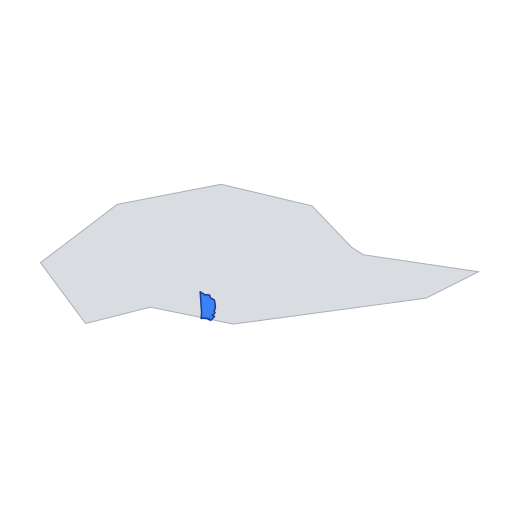 Ngeruikl, Ngchesar, Palau (highlighted), rotated 73°
{"feature_id": "81905179B39182150955379", "entity_name": "Ngeruikl", "entity_type": "district", "adm_level": 2, "iso_a3": "PLW", "parent_name": "Palau", "parent_adm1": "Ngchesar", "projection": "orthographic", "projection_center": [134.618, 7.484], "detail": "fine", "context": "in_parent", "style": "filled", "palette": "blue", "viewbox_px": 512, "rotation_deg": 73, "n_neighbors": 0, "source": "geoboundaries", "source_scale": "gbopen_adm2", "svg_char_len": 1491}
<svg xmlns="http://www.w3.org/2000/svg" viewBox="0 0 512 512"><g transform="rotate(73 256 256)"><path d="M270.7,438.7L199.4,464.1L166.0,373.5L177.2,268.5L224.4,187.8L275.7,162.0L286.3,152.8L336.1,47.9L346.0,105.7L314.5,297.5L274.0,372.1L270.7,438.7Z" fill="#d9dde1" stroke="#a8b0b8" stroke-width="1"/><path d="M287.8,308.9L287.0,308.8L286.4,308.7L285.6,308.9L285.2,309.4L284.8,309.9L283.9,310.4L283.5,311.1L282.5,311.9L281.9,311.9L280.4,311.7L279.9,311.9L279.3,312.7L278.4,315.2L278.4,316.4L277.8,316.8L276.7,317.2L275.9,318.2L274.9,319.2L274.4,319.3L273.9,319.7L273.5,319.8L294.3,324.6L299.5,326.7L299.7,326.4L299.8,326.2L299.9,325.9L300.0,325.7L300.0,325.4L299.9,325.4L299.9,325.5L299.8,325.4L299.8,325.2L299.8,324.9L299.9,325.0L300.0,325.0L300.0,324.8L300.0,324.7L300.0,324.3L300.0,324.2L300.2,323.9L300.4,323.7L300.4,323.4L300.4,323.2L300.5,323.2L300.9,323.1L301.0,323.0L301.0,322.8L301.0,322.6L301.1,322.3L301.1,322.2L301.2,321.9L301.3,321.6L301.3,321.4L301.3,321.2L301.2,321.1L301.5,320.8L301.7,320.7L301.9,320.6L302.1,320.5L302.2,320.4L302.4,320.4L302.6,320.2L302.8,320.1L303.0,319.8L303.1,319.7L303.1,319.4L302.8,319.2L303.0,319.2L303.3,319.0L303.4,318.9L303.6,318.6L303.8,318.5L304.0,318.3L304.1,318.1L304.3,318.0L302.8,315.1L302.3,314.3L301.6,313.4L301.2,313.6L300.7,314.6L299.9,315.1L299.5,314.8L299.4,314.2L298.9,312.6L298.4,311.8L297.1,312.1L296.3,312.2L296.0,311.6L293.5,309.9L291.1,309.4L289.3,309.0L287.8,308.9Z" fill="#3b82f6" stroke="#1e3a8a" stroke-width="1.5"/></g></svg>